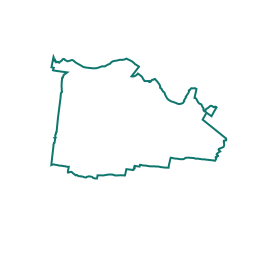 Costesti, Vaslui, Romania (Natural Earth projection), rotated 292°
{"feature_id": "2599482B89888252920776", "entity_name": "Costesti", "entity_type": "district", "adm_level": 2, "iso_a3": "ROU", "parent_name": "Romania", "parent_adm1": "Vaslui", "projection": "natural_earth1", "projection_center": [27.779, 46.468], "detail": "fine", "context": "isolated", "style": "outline", "palette": "teal", "viewbox_px": 256, "rotation_deg": 292, "n_neighbors": 0, "source": "geoboundaries", "source_scale": "gbopen_adm2", "svg_char_len": 5700}
<svg xmlns="http://www.w3.org/2000/svg" viewBox="0 0 256 256"><g transform="rotate(292 128 128)"><path d="M180.3,202.4L180.6,201.6L180.6,201.2L180.3,200.8L179.5,200.1L179.4,199.8L179.6,199.4L179.6,198.5L179.9,197.6L179.8,197.2L179.6,196.5L179.3,196.1L176.5,194.6L175.3,193.7L174.9,193.4L174.5,193.3L173.6,193.1L172.7,193.6L172.3,193.5L172.1,193.3L172.0,192.7L172.2,192.2L172.5,191.9L172.9,191.3L173.1,191.0L174.6,190.6L175.0,190.1L175.6,188.9L176.1,188.4L176.5,188.1L177.1,187.4L177.5,186.6L177.5,186.2L177.3,185.5L177.3,185.2L177.6,184.5L178.0,183.5L180.5,180.5L180.8,180.1L181.0,179.5L180.8,178.4L181.4,178.3L189.8,176.9L190.0,175.0L189.4,174.2L188.5,171.7L187.3,171.3L186.5,171.1L186.2,170.6L185.5,170.4L185.2,170.9L182.7,170.8L181.1,170.4L178.7,169.9L178.5,170.3L174.6,169.6L174.0,170.1L173.5,169.9L172.5,169.8L172.1,169.7L171.8,169.5L170.8,168.6L170.0,167.6L169.7,167.1L169.1,165.5L169.1,164.9L169.2,163.1L169.0,159.2L168.9,158.1L168.9,157.4L169.1,156.4L169.5,154.6L169.8,153.8L170.3,153.0L170.6,152.5L171.3,151.7L172.9,149.8L173.3,149.6L173.7,149.3L174.2,148.8L174.5,148.4L174.7,148.1L174.8,147.2L175.6,146.1L175.8,145.5L176.3,144.8L176.7,144.7L177.0,144.3L177.2,143.4L177.2,143.0L177.3,142.7L178.8,142.2L179.8,141.2L180.3,140.6L181.8,138.1L183.6,134.6L183.4,134.3L183.3,134.1L183.0,133.9L182.3,133.5L181.8,132.4L181.3,132.1L179.9,131.8L179.3,131.5L179.0,131.2L178.7,130.5L179.5,130.2L177.7,125.8L177.8,125.6L179.0,123.9L180.2,122.4L180.9,121.4L181.7,118.6L182.2,116.8L180.0,115.9L178.1,114.2L177.8,113.6L177.3,112.4L177.2,111.9L188.1,115.0L189.0,115.2L189.7,112.0L189.8,111.2L189.7,110.8L190.1,110.2L190.7,108.5L191.0,107.7L191.3,106.5L191.4,105.8L191.6,102.3L191.6,101.7L191.7,101.2L191.8,100.7L191.6,100.4L190.6,99.5L190.2,99.1L189.7,98.2L189.2,97.4L188.8,96.6L188.3,95.2L188.0,94.6L186.4,92.5L186.0,91.9L185.6,91.0L184.4,89.3L183.9,88.7L182.6,87.9L180.8,87.2L178.7,85.1L177.2,84.1L176.6,83.5L176.2,83.0L175.7,81.4L175.3,80.6L174.1,79.4L172.2,77.1L171.4,75.9L170.3,73.4L169.1,69.3L168.3,66.4L167.9,64.0L167.9,63.0L168.3,61.3L168.4,60.0L168.9,56.3L169.1,55.2L169.4,53.9L169.8,53.1L170.1,51.7L170.1,50.8L169.8,50.2L169.0,49.3L168.4,48.5L168.0,48.1L167.8,47.9L167.6,47.7L167.3,47.0L167.2,46.6L167.3,46.0L167.4,44.3L167.6,43.9L168.0,43.2L167.9,42.4L167.6,42.0L167.3,41.7L167.0,41.6L166.0,41.4L165.6,41.2L165.1,41.0L164.4,40.4L162.8,39.8L162.7,39.3L162.7,38.9L163.1,38.4L162.7,37.7L162.0,36.7L162.9,36.0L162.8,35.7L162.5,35.3L162.6,35.1L162.8,34.5L163.1,34.5L163.7,34.8L163.9,34.7L164.1,34.6L163.9,33.9L164.4,33.2L165.5,32.7L165.7,32.4L165.9,32.4L166.0,32.3L155.6,34.3L155.9,35.9L156.0,36.6L155.5,36.6L155.1,36.7L153.4,36.8L153.5,37.6L154.7,42.6L156.8,50.8L153.1,48.5L150.4,48.7L150.2,48.2L149.9,48.1L147.4,48.9L146.3,49.2L145.5,49.4L144.9,49.7L142.4,50.5L138.8,52.2L137.8,52.6L137.5,52.9L137.2,53.2L136.6,53.3L136.2,53.1L135.8,52.8L135.4,52.8L134.6,52.9L130.9,54.1L111.4,59.2L97.5,63.3L97.2,62.9L95.1,63.4L94.7,63.1L93.5,63.5L92.3,64.1L91.7,64.3L91.7,64.5L91.3,64.4L91.1,63.9L90.8,64.5L86.7,65.4L86.3,64.9L85.4,65.1L84.3,65.2L83.2,65.7L71.9,68.8L64.9,70.8L65.6,71.5L66.2,72.3L66.3,72.5L66.4,73.1L66.5,73.5L66.7,74.4L67.1,76.3L67.3,77.5L67.3,78.2L67.5,78.6L67.6,79.1L68.0,80.1L68.3,81.2L68.5,82.5L69.0,84.2L69.2,85.6L69.5,86.9L69.8,87.6L68.3,87.9L67.7,88.1L66.9,88.2L64.6,88.7L64.4,88.8L64.2,89.0L64.4,89.5L65.8,91.2L66.0,91.7L66.1,91.9L66.0,92.6L65.6,93.5L65.0,95.4L65.0,95.8L64.9,96.3L64.6,96.8L64.5,97.0L64.6,97.4L64.8,97.6L65.1,97.9L65.3,98.2L65.2,98.5L65.0,99.1L64.9,99.5L65.0,100.0L64.9,100.4L65.3,101.6L65.3,101.9L65.5,102.1L65.5,102.8L65.8,103.3L65.9,104.1L66.0,104.8L66.0,105.9L66.1,107.0L66.7,107.9L67.3,108.1L67.5,108.3L67.8,109.0L68.5,109.7L68.7,110.3L69.2,112.8L69.0,113.7L68.7,114.3L68.6,114.6L68.8,115.3L68.9,116.5L69.4,117.7L69.5,118.1L70.4,118.0L72.7,117.5L73.0,118.2L73.3,119.1L74.1,120.9L74.3,121.8L74.7,122.7L75.6,124.3L76.0,124.7L76.6,125.8L76.9,126.3L77.2,126.8L77.7,127.9L77.9,128.1L78.6,129.8L78.7,130.7L79.0,131.0L79.1,131.6L79.2,133.0L79.1,133.4L79.2,134.0L79.4,134.5L79.8,135.2L79.9,135.7L80.2,136.2L81.3,138.6L82.5,141.8L82.7,142.9L82.9,143.0L89.2,141.9L89.5,143.0L90.4,146.1L90.7,147.6L90.9,148.5L91.0,148.7L91.2,148.8L92.7,148.5L92.8,148.7L92.4,149.0L92.5,149.1L92.9,149.0L93.3,149.0L93.2,149.2L93.4,149.3L93.6,149.2L93.7,148.9L94.0,148.8L94.0,148.5L95.2,148.2L95.4,148.3L95.5,148.7L95.8,150.3L96.1,151.6L96.6,153.2L98.3,152.9L98.6,153.9L98.9,155.9L99.1,156.6L99.9,158.8L100.1,160.3L100.3,161.2L100.4,161.4L100.6,162.3L100.7,162.6L101.1,163.8L101.5,164.7L101.7,165.4L102.1,166.2L102.7,167.9L102.8,168.6L103.5,170.2L103.7,170.6L103.9,172.3L104.1,173.3L104.7,175.4L105.2,177.3L106.2,179.9L106.4,180.5L108.1,180.0L113.6,179.1L116.4,178.7L116.7,179.7L116.7,180.1L117.4,183.5L117.7,184.1L118.1,185.6L118.4,187.3L119.5,190.3L119.9,191.0L120.2,191.4L120.8,191.9L121.7,192.4L121.9,192.6L122.8,194.3L123.1,194.9L123.5,196.3L123.9,197.5L124.4,199.2L124.8,200.4L124.9,201.2L124.8,201.6L124.9,201.9L125.1,202.9L125.5,203.6L125.8,204.3L125.9,204.8L126.1,206.0L126.3,206.4L126.8,208.7L127.7,210.9L127.8,211.8L129.4,217.4L130.1,220.0L130.1,220.8L130.4,221.1L132.8,221.2L133.0,221.1L133.3,220.4L133.8,220.2L134.2,220.5L134.8,221.4L135.7,222.0L135.9,221.9L136.1,221.8L136.3,221.2L136.5,220.2L137.0,220.0L138.4,220.6L139.5,221.3L140.5,221.8L140.8,222.2L141.0,221.8L141.0,221.7L141.3,221.1L141.5,220.6L141.7,220.2L142.1,220.1L142.6,220.1L142.8,220.3L145.8,223.3L146.4,223.7L147.1,223.7L147.9,223.6L148.7,223.4L149.3,223.1L150.4,222.3L150.8,222.3L151.1,222.2L151.7,221.7L152.0,221.6L152.4,221.9L153.2,223.5L153.3,223.6L153.6,223.6L155.0,222.9L163.7,194.1L165.6,194.2L167.0,194.5L171.6,195.1L170.2,201.0L175.3,201.6L180.3,202.4Z" fill="none" stroke="#0f766e" stroke-width="2"/></g></svg>